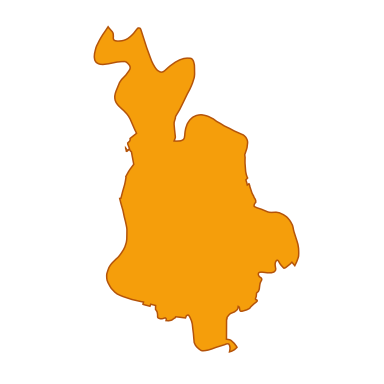 the district of Thanh Ha, Hải Dương, Vietnam, rotated 187°
{"feature_id": "81297802B77309747732529", "entity_name": "Thanh Ha", "entity_type": "district", "adm_level": 2, "iso_a3": "VNM", "parent_name": "Vietnam", "parent_adm1": "Hải Dương", "projection": "equal_earth", "projection_center": [106.42, 20.888], "detail": "fine", "context": "isolated", "style": "filled", "palette": "amber", "viewbox_px": 384, "rotation_deg": 187, "n_neighbors": 0, "source": "geoboundaries", "source_scale": "gbopen_adm2", "svg_char_len": 5966}
<svg xmlns="http://www.w3.org/2000/svg" viewBox="0 0 384 384"><g transform="rotate(187 192 192)"><path d="M263.2,227.6L263.1,227.0L262.4,225.7L262.3,224.8L262.2,224.5L261.9,224.4L261.6,224.4L261.0,225.0L260.1,226.0L259.7,226.2L259.2,226.3L258.9,226.2L258.6,226.0L258.2,225.3L257.1,224.6L257.0,224.4L253.2,212.4L256.1,207.3L257.5,204.5L259.6,199.2L259.3,198.4L259.5,194.1L259.7,191.8L259.8,190.9L260.9,184.0L261.8,177.2L263.0,176.8L261.4,172.6L258.3,165.3L256.2,159.1L254.6,155.0L253.2,151.0L252.4,148.5L252.0,146.7L251.5,142.3L251.0,137.3L251.0,135.2L251.1,133.6L251.9,129.4L253.0,126.3L254.7,122.8L256.2,120.1L257.5,118.1L259.2,116.2L262.5,112.0L263.6,110.3L264.5,108.6L265.3,106.7L265.9,104.1L266.4,101.5L266.6,100.2L266.5,98.4L266.1,96.0L265.5,94.0L264.2,91.6L262.3,88.9L260.4,86.5L256.4,83.2L253.9,81.7L250.6,80.6L247.6,79.8L238.6,78.0L229.2,77.0L226.7,76.9L227.0,74.6L226.3,74.4L224.4,74.1L220.5,73.6L219.8,73.5L219.3,75.6L214.3,74.9L213.9,71.0L213.4,70.5L212.7,69.7L212.0,68.7L211.6,67.5L211.2,66.0L210.9,63.8L210.7,63.4L210.4,63.0L209.4,62.6L208.0,62.3L206.5,62.5L205.7,62.7L203.6,63.7L203.3,63.8L203.0,63.7L202.6,63.5L202.2,63.0L202.0,62.5L202.0,61.8L202.1,61.2L199.6,61.3L197.1,62.1L196.1,62.7L195.0,63.8L194.2,64.5L193.6,64.9L193.2,65.3L193.1,66.0L192.9,66.2L183.1,66.2L182.9,67.1L182.5,68.5L182.2,68.7L181.4,69.3L180.8,69.4L180.1,69.1L178.7,67.3L177.0,64.4L176.3,62.8L175.6,60.9L174.5,56.2L173.4,51.9L172.6,48.0L171.5,43.0L170.9,41.9L169.8,40.2L168.4,38.8L166.2,37.2L163.8,35.9L163.0,35.7L162.0,35.7L159.6,36.2L156.7,37.1L153.3,38.6L149.5,40.6L141.1,44.4L139.5,45.3L138.8,45.6L138.0,45.7L137.6,45.7L137.0,45.6L136.2,44.6L135.8,43.8L135.2,41.7L135.2,39.4L135.3,37.9L133.3,38.8L131.1,40.3L130.3,41.0L128.4,43.3L129.0,44.2L129.7,44.9L131.6,46.9L134.0,48.6L135.1,49.4L136.4,49.9L137.6,50.0L139.9,50.1L140.0,51.5L142.2,70.0L141.8,70.3L141.8,70.5L142.0,71.7L141.4,72.8L140.5,74.3L139.5,75.6L138.6,76.3L135.2,78.2L133.8,79.6L132.9,80.6L132.4,81.7L132.3,82.6L132.2,84.1L131.5,83.8L131.0,83.3L130.7,82.6L130.5,81.7L130.1,80.6L129.9,80.1L129.5,79.8L129.1,79.6L128.9,79.6L128.3,79.7L127.4,79.9L123.3,81.7L120.8,83.4L120.2,84.2L119.6,85.3L116.9,88.5L114.8,90.6L114.1,91.6L114.0,91.8L114.0,92.0L114.2,92.5L114.6,92.8L115.7,93.0L115.9,93.4L116.0,93.6L115.9,94.4L115.6,95.8L115.5,96.4L115.6,99.0L115.6,99.4L115.4,99.9L114.4,101.0L114.0,101.5L113.8,102.1L113.6,102.9L113.4,104.0L113.4,107.8L113.3,109.5L113.1,110.4L112.8,111.5L112.2,112.9L112.1,113.9L112.3,114.4L112.6,114.9L113.1,115.3L114.7,116.1L115.5,117.0L115.9,117.7L116.1,118.2L116.2,118.9L116.1,119.5L115.7,120.1L115.2,120.5L114.6,120.7L112.7,121.0L107.3,121.0L103.4,121.5L101.7,122.2L100.9,122.6L100.0,123.7L99.6,124.4L99.5,125.9L99.8,126.8L100.5,129.3L100.7,130.4L100.7,131.7L100.5,132.8L100.0,133.9L99.6,134.5L99.1,134.7L98.7,134.7L98.2,134.4L97.4,133.5L96.3,132.0L95.0,130.5L93.3,129.0L91.9,127.8L91.4,127.6L90.4,128.0L89.6,128.6L85.8,132.5L84.3,134.5L81.0,131.4L79.7,135.1L79.2,137.1L78.6,139.8L78.4,141.3L78.6,144.1L78.9,146.3L79.4,149.2L80.5,153.0L81.7,155.8L85.9,164.9L86.6,166.7L87.4,169.2L88.2,171.2L90.2,174.1L91.6,175.8L93.6,177.7L95.1,178.9L98.4,180.6L102.7,182.0L105.9,182.2L107.3,182.0L110.7,181.4L112.9,181.3L114.4,181.5L120.8,183.3L125.8,184.3L127.3,184.8L128.3,185.2L128.7,185.6L128.7,186.9L128.5,187.8L128.1,188.7L127.5,189.4L127.5,189.8L127.6,190.5L127.7,191.2L127.9,191.6L128.4,192.6L129.6,194.0L130.0,194.7L130.3,195.4L131.5,197.0L132.4,198.4L134.9,203.7L135.3,204.6L135.4,205.1L136.3,207.0L136.5,207.1L138.0,205.7L138.8,207.9L140.0,210.6L138.5,212.7L139.2,213.7L140.1,215.6L140.7,217.2L141.3,219.1L142.1,223.1L142.9,227.1L143.3,230.4L143.5,232.6L144.2,235.5L143.0,241.3L142.8,242.9L142.8,247.6L143.1,249.2L143.5,250.2L144.0,251.1L145.2,252.8L146.8,254.1L148.1,254.9L149.8,255.4L157.4,257.7L162.0,259.5L168.0,261.5L172.0,263.4L176.0,265.0L179.7,267.1L184.7,268.9L186.4,269.3L188.6,269.6L191.4,269.8L192.8,269.7L194.9,269.2L197.1,268.4L200.0,266.6L201.3,265.3L202.9,263.3L203.6,262.0L204.4,260.4L205.1,258.7L206.0,254.4L206.2,251.2L206.2,249.4L206.1,247.4L206.2,245.0L206.3,244.3L206.7,243.5L207.1,242.9L208.5,241.9L209.9,241.3L213.6,240.6L216.0,240.5L215.5,242.4L215.2,243.9L215.3,245.0L215.6,246.2L216.9,251.7L218.0,256.9L218.2,258.9L218.0,260.5L217.5,263.2L217.6,264.3L217.3,265.5L214.3,272.3L212.6,277.1L208.6,288.8L206.8,293.4L205.6,297.2L204.8,300.2L203.8,305.5L203.7,307.2L203.8,309.4L204.6,315.2L205.1,318.3L205.8,320.3L206.5,322.0L207.2,323.0L207.9,323.7L208.5,324.2L209.4,324.5L210.4,324.5L213.0,324.3L216.4,323.5L220.4,321.6L224.4,318.8L229.0,314.6L231.2,312.2L233.5,309.5L234.5,308.5L235.4,307.8L236.3,307.4L237.1,307.2L237.7,307.2L238.9,307.5L241.1,308.5L242.6,309.8L244.0,311.3L246.2,314.2L248.0,317.0L249.9,320.6L252.7,326.1L254.6,329.8L262.0,345.8L262.7,347.2L263.2,347.9L263.6,348.2L264.2,348.3L265.1,348.3L265.7,348.1L266.7,346.7L269.2,342.5L270.3,341.0L272.2,338.7L274.3,336.6L276.1,335.3L278.0,334.3L280.2,333.5L283.0,332.9L284.7,332.7L286.7,332.8L287.8,333.2L288.5,334.0L288.9,335.1L289.0,336.8L289.4,339.0L289.7,340.0L290.6,341.3L294.3,344.6L295.4,345.8L297.7,341.2L299.7,337.4L301.3,333.9L302.4,331.2L304.5,325.3L304.9,323.6L305.2,321.4L305.6,317.6L305.5,314.7L305.3,313.5L304.6,311.2L303.8,310.0L302.9,309.0L302.0,308.5L300.5,307.9L298.7,307.6L296.0,307.7L290.5,309.1L282.4,311.8L278.0,312.8L274.6,313.3L272.9,312.9L271.2,311.7L270.2,310.8L269.4,310.0L268.8,308.9L268.5,307.9L268.5,307.1L268.7,306.1L269.4,304.5L271.9,300.0L275.6,295.1L277.2,292.0L279.6,283.2L280.1,280.8L280.3,278.5L280.3,277.2L279.9,275.1L279.3,273.4L278.2,271.5L276.5,269.6L275.0,268.3L271.9,266.0L269.7,264.5L266.0,261.4L264.3,259.6L262.4,257.1L256.5,247.1L254.3,243.7L254.2,243.5L260.0,237.6L259.8,236.8L259.8,235.9L260.0,235.1L260.4,234.5L261.8,232.8L261.5,231.5L259.4,227.6L259.3,226.8L259.8,226.7L260.2,226.5L260.6,226.1L261.2,225.4L261.7,224.9L261.8,224.9L261.9,225.0L261.8,225.7L262.0,226.0L262.5,226.7L262.7,227.1L263.2,227.6Z" fill="#f59e0b" stroke="#b45309" stroke-width="1.5"/></g></svg>